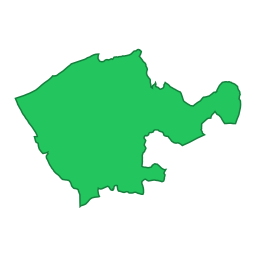 Texhuacán, Veracruz, Mexico (Mercator projection)
{"feature_id": "50627088B48642687236942", "entity_name": "Texhuacán", "entity_type": "district", "adm_level": 2, "iso_a3": "MEX", "parent_name": "Mexico", "parent_adm1": "Veracruz", "projection": "mercator", "projection_center": [-97.022, 18.616], "detail": "fine", "context": "isolated", "style": "filled", "palette": "green", "viewbox_px": 256, "rotation_deg": 0, "n_neighbors": 0, "source": "geoboundaries", "source_scale": "gbopen_adm2", "svg_char_len": 5796}
<svg xmlns="http://www.w3.org/2000/svg" viewBox="0 0 256 256"><path d="M80.1,206.5L81.1,205.6L82.4,205.3L83.9,204.8L85.8,203.9L88.1,201.5L89.6,199.6L90.8,198.6L92.2,197.8L94.7,197.2L95.6,197.1L97.6,196.9L98.9,196.7L99.4,196.5L98.6,194.7L98.2,192.6L97.9,190.6L98.3,188.2L99.2,188.7L100.6,189.0L101.9,188.8L107.0,186.5L107.8,186.3L109.1,187.1L109.8,188.4L110.4,189.3L111.1,190.0L111.9,190.2L112.6,190.3L112.9,190.1L112.7,189.7L112.7,189.2L113.5,189.4L113.8,188.7L113.9,187.6L114.1,186.7L114.5,186.0L115.0,185.6L115.7,185.5L116.8,185.5L117.3,185.7L117.3,186.6L117.7,189.3L118.1,190.3L118.5,191.0L119.6,191.2L121.1,191.6L122.8,192.2L123.8,192.4L124.7,192.3L125.4,192.0L126.3,191.7L127.9,191.8L128.5,192.5L129.1,192.9L129.8,193.0L132.0,193.0L133.1,192.8L134.3,192.3L135.5,192.2L136.8,192.7L138.2,193.4L139.2,193.5L140.3,193.9L141.3,194.2L142.9,194.3L143.5,192.7L143.5,191.1L143.5,189.7L143.3,188.1L142.6,185.4L141.8,183.4L141.9,181.5L143.0,180.5L144.0,179.7L144.5,179.4L145.3,179.2L146.3,179.6L147.2,180.4L148.5,180.9L149.9,180.7L151.1,180.5L153.1,180.1L154.4,180.0L157.0,180.5L158.0,180.5L159.2,180.9L160.0,181.0L161.9,181.7L162.9,181.4L163.7,180.9L164.4,178.6L164.3,177.8L164.9,175.6L165.0,174.9L164.4,174.0L163.9,173.1L164.4,171.9L165.8,169.5L164.2,169.7L162.3,168.7L161.2,167.9L159.2,165.9L158.5,165.3L157.7,164.6L157.0,164.1L156.1,164.2L155.6,164.1L155.1,163.8L154.5,163.9L152.2,165.4L151.7,166.6L151.3,167.0L150.2,167.3L149.1,167.6L147.9,167.7L145.3,167.2L144.1,167.2L143.0,166.9L142.4,166.6L141.9,166.2L142.2,163.5L142.4,161.5L142.3,159.9L142.4,157.5L142.3,156.4L142.3,155.3L143.1,152.8L143.6,152.3L144.3,151.8L144.7,151.0L145.0,150.0L145.6,149.1L145.9,148.4L145.8,147.9L145.1,146.6L144.3,145.4L144.4,144.0L144.9,142.7L145.4,141.7L145.7,140.4L145.0,139.4L144.3,138.7L144.0,137.8L144.4,136.6L145.0,135.8L145.6,135.5L146.4,135.8L146.8,135.8L147.6,135.5L148.2,135.0L148.7,134.4L148.7,133.7L149.0,133.2L149.4,132.8L149.9,132.5L150.9,132.6L151.5,132.5L152.4,132.2L153.2,131.9L153.8,130.6L154.3,130.1L155.6,129.8L158.2,130.0L159.0,130.9L159.7,131.2L160.5,131.5L162.5,132.1L163.4,133.3L163.9,135.1L164.5,135.6L165.8,136.1L167.1,136.3L168.3,136.5L169.1,137.9L170.2,139.1L171.7,141.2L173.1,142.1L174.0,142.7L175.3,143.0L176.2,143.1L177.6,142.8L178.6,143.0L180.0,143.7L180.7,144.1L182.3,145.5L189.2,142.4L197.3,138.1L204.5,134.8L202.4,133.2L202.3,132.1L201.0,129.6L201.6,129.0L201.5,128.0L201.7,123.7L206.5,119.4L207.8,118.4L209.3,118.1L210.8,118.1L211.1,116.5L212.1,114.6L213.7,113.1L215.0,111.5L216.3,113.3L217.0,114.3L218.9,115.2L221.0,117.5L222.1,119.6L223.4,121.7L224.6,123.5L226.4,123.5L228.2,123.3L230.5,123.2L233.3,123.6L235.5,123.6L237.0,119.3L238.8,114.8L240.4,107.4L240.6,104.6L240.4,100.8L239.6,99.6L239.0,98.8L239.2,98.4L239.3,98.1L239.3,97.2L239.4,96.4L239.6,95.7L239.8,95.2L240.1,94.7L240.1,94.1L239.7,93.3L239.8,92.4L239.6,91.6L239.3,91.1L239.1,90.8L238.8,90.4L238.5,89.9L237.7,88.1L237.7,87.6L237.6,86.7L237.1,86.1L236.3,85.4L234.7,84.1L233.1,83.4L232.2,83.2L231.3,82.4L230.5,82.3L229.0,81.7L228.1,82.0L227.5,82.0L226.8,81.8L225.2,81.8L222.3,82.4L221.4,83.5L220.4,84.4L219.2,86.0L216.9,90.4L216.8,91.5L216.4,91.8L215.9,91.9L215.6,92.5L215.2,92.4L214.2,92.2L213.4,92.6L212.6,93.4L209.4,95.9L206.7,96.7L205.0,97.1L203.5,97.2L202.9,97.7L201.4,99.5L200.6,100.7L197.3,102.7L195.9,103.8L194.6,104.7L193.3,106.0L190.4,105.6L189.3,104.9L187.4,103.8L184.1,101.5L183.4,100.6L182.3,97.0L181.0,93.2L180.0,91.8L178.8,91.5L177.7,90.9L176.2,90.1L175.3,89.5L173.6,88.7L172.2,87.8L171.1,87.2L170.0,86.6L169.4,85.7L168.5,84.8L167.6,84.1L166.5,83.5L165.2,82.5L164.7,83.7L164.0,84.8L163.9,86.7L163.3,87.8L162.0,88.6L160.8,89.1L160.1,89.2L158.8,88.1L157.9,87.3L156.8,87.0L155.7,86.5L155.7,85.4L155.9,84.2L155.5,82.8L155.0,83.9L153.5,85.0L152.7,85.7L152.3,86.3L152.3,87.3L152.4,88.1L151.0,87.1L150.9,86.5L150.8,84.7L150.2,82.1L150.3,81.0L150.2,80.0L150.0,79.2L149.5,78.8L147.8,76.5L147.1,75.4L146.6,73.8L146.6,72.2L146.9,70.7L147.3,69.7L147.2,69.1L147.1,68.3L146.6,67.2L146.0,66.3L145.9,65.3L145.8,64.4L145.5,63.8L144.6,62.6L143.8,62.1L142.9,61.1L142.2,59.9L139.3,56.2L139.6,55.9L140.8,53.7L140.6,53.3L141.3,52.0L141.3,51.4L141.1,51.2L140.7,50.9L140.4,50.6L140.1,50.5L139.7,50.4L139.7,49.9L138.4,49.5L137.4,49.7L136.3,50.8L135.1,51.0L134.1,51.1L132.3,52.8L131.5,53.7L129.5,54.9L126.2,55.7L125.2,55.8L124.7,56.0L123.8,56.2L123.0,55.9L122.6,56.0L121.5,56.5L118.8,56.7L118.0,57.2L117.4,57.1L116.8,56.9L115.9,57.0L114.1,57.2L112.6,59.3L111.2,58.8L110.0,59.5L108.9,59.8L108.6,60.0L108.2,60.0L107.8,59.7L106.2,59.7L105.0,60.3L103.8,61.4L101.9,61.8L99.6,61.2L98.0,58.6L98.1,55.9L98.7,54.1L98.0,54.1L95.8,54.3L93.9,54.8L91.5,55.9L90.0,56.9L88.6,57.4L87.3,57.8L86.3,58.6L84.6,59.4L71.3,63.9L70.1,65.1L68.0,66.7L63.2,70.9L58.9,73.8L57.7,74.8L56.5,75.6L55.0,75.9L53.7,76.0L52.6,75.9L51.7,77.1L50.7,78.1L48.7,79.9L47.0,81.1L44.7,82.7L41.8,85.0L38.7,87.8L35.8,90.1L32.9,91.6L29.5,93.3L26.9,94.3L23.8,95.6L15.4,98.4L17.3,102.9L17.8,104.5L18.8,106.2L19.6,107.8L20.9,109.9L22.2,112.7L23.2,114.4L24.4,115.9L25.9,118.4L27.6,120.5L28.8,122.8L31.6,126.3L32.6,127.7L33.6,129.3L34.7,131.0L35.4,131.9L37.0,135.1L37.3,136.5L34.4,136.7L34.9,138.4L35.4,140.5L35.9,142.0L36.9,142.7L37.7,143.0L38.1,143.4L38.4,146.0L38.9,147.9L39.3,149.1L41.4,151.9L42.6,153.2L43.0,153.5L46.3,152.8L47.5,152.3L47.3,152.7L47.7,153.1L48.0,153.6L47.7,154.3L46.8,155.2L46.3,156.1L46.4,157.4L46.6,158.4L47.4,159.6L48.3,161.6L49.1,163.5L50.0,165.2L50.9,166.5L52.0,168.4L53.2,169.7L54.0,171.2L55.5,172.8L56.5,173.7L57.6,174.4L58.7,175.4L59.6,176.2L60.3,177.3L61.9,178.9L62.5,179.4L65.7,179.9L66.7,179.9L67.1,180.1L68.1,180.2L68.9,180.5L70.0,181.7L70.9,183.3L71.4,185.0L71.6,185.7L72.1,186.5L73.0,187.5L73.7,188.2L74.7,188.5L75.4,188.5L76.9,188.9L78.2,189.6L78.4,190.8L79.9,194.7L80.0,202.5L80.1,206.5Z" fill="#22c55e" stroke="#15803d" stroke-width="1.5"/></svg>